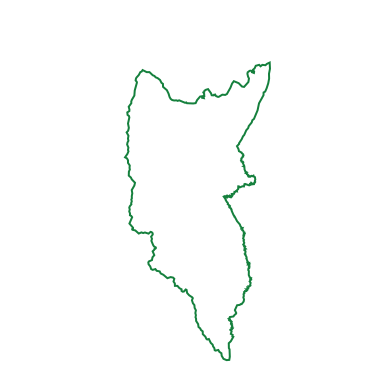 the district of Mueang Phayao, Phayao, Thailand, rotated 19°
{"feature_id": "78962969B45148719558135", "entity_name": "Mueang Phayao", "entity_type": "district", "adm_level": 2, "iso_a3": "THA", "parent_name": "Thailand", "parent_adm1": "Phayao", "projection": "albers", "projection_center": [99.913, 19.151], "detail": "fine", "context": "isolated", "style": "outline", "palette": "green", "viewbox_px": 384, "rotation_deg": 19, "n_neighbors": 0, "source": "geoboundaries", "source_scale": "gbopen_adm2", "svg_char_len": 6091}
<svg xmlns="http://www.w3.org/2000/svg" viewBox="0 0 384 384"><g transform="rotate(19 192 192)"><path d="M247.8,161.4L247.8,159.7L246.7,157.5L245.4,157.3L244.8,156.5L244.0,157.4L243.1,157.3L242.5,157.7L242.3,158.5L240.7,159.1L240.3,159.0L240.3,158.1L239.6,158.1L239.6,157.7L238.7,157.3L238.1,157.3L237.8,156.6L236.8,156.6L237.0,156.2L236.4,155.8L236.8,155.5L236.1,155.4L234.4,153.7L233.3,151.1L232.7,151.0L233.0,150.8L232.8,150.2L230.6,148.1L230.8,147.2L230.2,146.8L229.0,147.2L228.0,146.1L228.3,145.6L227.7,144.2L228.3,143.2L228.3,142.1L228.7,141.9L228.4,141.3L228.8,140.8L228.1,139.7L226.4,139.1L226.1,138.6L223.1,138.1L222.0,136.3L219.6,134.0L220.9,131.2L220.6,130.6L221.8,125.9L222.1,122.7L222.8,121.1L223.2,116.0L224.3,113.3L224.2,111.2L225.8,106.8L225.7,104.5L226.8,102.7L227.4,93.4L226.5,86.3L228.1,77.2L227.3,74.6L228.5,73.2L228.8,69.7L228.7,64.5L228.0,59.7L226.3,55.1L225.6,50.1L223.3,44.3L221.0,46.6L220.2,48.2L217.1,48.9L215.9,50.8L214.1,49.9L211.2,51.9L210.9,54.8L209.9,56.5L211.6,58.0L211.8,59.3L209.7,59.2L209.5,58.1L207.9,58.2L207.0,58.7L205.7,60.7L205.9,62.2L207.4,64.6L208.9,66.1L209.5,69.7L207.0,75.7L204.9,76.0L200.7,73.9L195.5,73.6L194.6,76.4L194.4,80.8L193.1,88.0L191.8,89.4L189.0,90.1L186.4,93.2L185.7,93.6L183.6,93.5L182.1,92.4L181.7,93.1L181.1,93.0L180.7,93.7L179.1,94.1L177.9,92.5L173.7,89.5L171.9,90.8L170.8,92.2L171.0,93.3L170.3,94.1L171.7,95.4L171.9,96.6L172.5,97.3L172.0,98.6L172.6,99.4L170.9,99.6L170.5,98.1L168.6,99.1L166.9,103.4L166.5,106.8L164.3,107.9L158.3,109.7L157.4,109.2L156.5,109.9L150.0,109.5L148.8,110.5L147.6,110.4L145.2,111.3L143.3,111.5L141.5,110.9L139.9,109.5L137.8,106.6L135.1,103.9L130.4,102.0L129.3,99.2L127.6,98.7L125.3,96.5L122.4,95.5L120.3,95.4L118.7,94.5L116.9,94.4L112.8,92.5L110.1,93.4L105.6,92.8L105.2,94.5L104.1,95.5L103.6,98.7L102.2,102.0L102.1,103.2L102.4,104.9L103.8,105.7L104.3,106.5L104.8,114.6L106.1,119.6L105.1,124.5L105.1,126.2L105.7,127.8L104.4,132.0L106.0,134.4L106.4,135.9L104.9,137.8L106.0,140.1L107.7,140.7L108.5,142.0L109.2,148.1L111.4,151.9L111.7,154.9L110.8,156.9L113.6,159.5L114.1,162.4L115.2,164.3L114.9,166.1L115.2,168.2L117.4,170.7L117.8,173.1L118.7,174.3L118.5,177.1L117.4,181.0L119.6,181.4L121.2,182.9L122.0,185.3L124.5,187.2L125.1,189.6L125.9,190.9L125.7,193.3L126.9,197.1L129.5,198.2L131.0,199.7L135.1,201.8L135.4,204.7L134.4,209.8L136.0,212.7L136.4,215.5L137.2,217.6L137.1,218.9L138.1,220.4L138.1,222.4L138.7,223.4L137.8,225.8L137.8,227.3L138.8,228.7L139.0,230.8L140.4,232.5L140.9,234.2L142.3,234.4L143.6,235.3L143.1,242.2L147.9,245.0L148.1,245.6L147.5,246.6L148.0,247.1L150.9,246.8L155.2,248.6L157.3,246.7L159.2,246.7L160.7,245.6L164.5,245.5L165.8,243.2L166.9,243.1L168.2,243.8L168.7,245.0L167.9,247.6L169.4,249.3L169.5,251.4L172.6,254.9L173.9,255.9L175.8,256.2L176.1,256.7L175.8,257.6L175.1,258.0L175.0,259.2L174.1,260.9L176.9,264.0L175.9,266.6L176.3,269.4L173.9,271.6L173.6,272.7L174.5,274.5L176.7,275.9L178.5,278.2L180.2,278.4L182.5,276.8L184.2,278.0L187.3,277.6L188.9,279.2L191.9,279.6L196.8,281.5L199.5,279.4L202.0,279.1L203.5,279.8L203.7,282.7L205.5,284.0L206.4,286.3L208.8,285.5L211.4,287.0L213.8,287.4L214.3,288.9L215.6,289.3L216.7,288.8L217.8,286.2L218.7,286.3L220.3,289.1L223.0,290.6L226.5,291.5L227.3,292.1L227.2,294.4L229.1,296.9L231.1,298.2L232.2,300.7L234.2,302.6L234.6,305.4L235.8,307.2L236.1,309.3L237.0,310.3L237.9,312.6L240.8,314.9L242.1,317.5L244.2,318.3L245.3,319.5L247.5,320.3L248.5,322.9L251.7,324.4L253.3,326.1L254.4,326.5L255.8,325.5L258.9,328.6L261.2,329.6L262.2,331.1L263.9,332.3L265.0,334.2L265.9,334.3L268.3,332.8L269.9,334.2L272.3,334.9L273.4,337.2L276.1,339.5L279.5,339.7L281.9,338.6L281.4,335.5L278.7,328.5L277.7,327.6L276.0,323.0L277.3,320.5L278.2,315.5L277.2,315.4L277.0,313.9L274.9,313.5L274.8,310.7L273.1,309.9L273.3,309.3L274.5,308.6L274.9,307.4L273.6,307.2L273.9,306.0L273.2,305.5L273.3,304.8L271.7,304.0L271.6,303.5L272.2,303.2L271.6,302.6L271.8,301.8L270.0,300.8L270.0,301.4L269.0,301.2L269.1,300.7L268.2,300.1L269.0,299.7L268.4,299.0L268.5,297.9L271.7,296.2L272.2,294.5L273.3,292.6L273.2,292.0L271.0,289.7L271.5,284.4L273.9,283.2L274.5,282.2L275.4,281.9L276.5,278.8L276.2,276.7L274.8,274.8L274.9,273.5L274.0,271.8L274.5,270.8L273.8,269.7L274.4,269.0L274.3,268.5L275.6,268.0L276.1,266.9L275.2,266.4L276.0,266.2L275.8,265.6L276.3,265.2L275.5,264.2L276.4,264.0L276.2,263.5L276.6,262.9L276.3,262.7L277.1,262.3L277.7,261.4L277.2,260.7L277.0,258.8L275.6,257.8L276.0,256.6L275.7,256.2L276.2,255.7L275.7,255.3L276.1,255.0L275.6,254.5L275.8,254.1L274.3,253.8L272.7,252.0L271.5,248.2L270.6,247.5L270.3,246.1L270.8,245.6L270.4,245.1L270.8,244.3L270.6,243.8L270.2,244.2L269.5,242.9L269.6,242.2L269.1,242.3L269.5,241.7L268.8,241.7L269.1,241.0L268.4,241.1L268.5,240.7L267.8,241.0L267.6,240.1L267.1,240.2L267.0,239.4L265.0,237.1L265.2,236.7L264.5,235.5L262.4,233.7L262.8,233.5L262.2,232.6L262.1,231.1L261.3,230.0L260.5,230.0L260.2,228.9L261.2,228.2L260.0,227.6L259.5,226.9L259.8,226.3L258.9,226.2L258.9,225.5L257.6,225.1L258.0,223.1L256.6,221.4L256.8,220.4L255.4,219.2L255.5,218.1L254.8,216.5L255.2,216.4L255.0,216.0L255.3,215.8L254.8,214.9L255.3,214.8L255.4,214.2L254.9,214.1L254.8,213.2L253.9,213.1L253.0,211.9L252.0,211.8L251.8,210.6L251.0,210.6L251.2,209.9L250.5,210.3L250.5,209.5L249.2,208.8L247.8,207.1L244.1,204.9L240.5,201.5L240.0,201.5L239.6,200.7L238.8,200.3L235.5,196.7L235.4,196.1L234.7,195.7L234.4,194.9L232.4,194.4L232.5,193.2L231.8,193.1L231.9,192.6L229.8,191.9L229.8,191.3L229.1,190.4L228.2,190.1L226.3,188.4L226.3,188.0L223.5,186.0L224.0,185.5L225.3,186.4L225.8,185.3L226.4,185.1L226.5,185.8L227.0,185.8L227.2,185.1L225.9,184.3L226.3,183.9L227.8,184.0L228.2,184.5L229.8,184.4L229.3,183.6L228.8,183.8L229.0,183.0L231.0,183.6L231.5,182.0L231.2,180.8L230.5,181.2L230.3,180.9L232.4,179.9L232.1,178.1L232.7,178.0L233.1,177.0L234.3,176.8L233.8,176.0L234.7,174.2L233.9,171.6L234.5,171.4L235.8,172.0L237.8,170.2L239.3,169.8L239.1,168.6L239.5,168.0L239.1,167.5L239.5,167.1L243.9,167.1L244.9,166.2L244.2,165.3L244.8,164.8L244.9,164.0L246.1,164.4L246.5,165.1L248.0,164.4L247.7,163.4L248.4,162.7L248.5,161.9L247.8,161.4Z" fill="none" stroke="#15803d" stroke-width="2"/></g></svg>